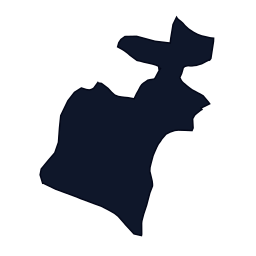 Cap Estate/Becune Park, Gros Islet, Saint Lucia, rotated 87°
{"feature_id": "8701671B50591469420225", "entity_name": "Cap Estate/Becune Park", "entity_type": "district", "adm_level": 2, "iso_a3": "LCA", "parent_name": "Saint Lucia", "parent_adm1": "Gros Islet", "projection": "mercator", "projection_center": [-60.949, 14.095], "detail": "fine", "context": "isolated", "style": "filled", "palette": "ink", "viewbox_px": 256, "rotation_deg": 87, "n_neighbors": 0, "source": "geoboundaries", "source_scale": "gbopen_adm2", "svg_char_len": 1977}
<svg xmlns="http://www.w3.org/2000/svg" viewBox="0 0 256 256"><g transform="rotate(87 128 128)"><path d="M178.7,216.1L178.6,215.6L185.3,203.4L194.1,182.9L196.0,179.0L201.0,167.4L201.6,166.1L204.6,158.9L208.3,152.5L209.9,149.9L212.5,145.9L215.6,142.4L222.8,136.7L224.2,135.7L231.3,129.8L234.0,127.6L236.1,120.2L234.9,119.9L223.7,119.4L221.4,119.0L214.8,116.9L206.1,113.5L193.9,109.6L187.2,106.6L185.2,106.5L182.2,106.7L176.7,107.7L172.3,108.5L168.6,108.1L164.2,106.8L156.8,104.4L153.7,102.9L148.9,100.5L145.6,98.6L143.0,96.4L140.7,94.8L136.1,90.4L134.2,86.1L132.9,81.4L132.7,77.7L133.3,70.5L133.9,64.2L131.4,63.0L128.3,63.0L123.3,63.0L122.8,63.0L122.2,63.0L118.7,60.8L117.2,59.0L114.0,54.5L113.4,53.2L111.9,54.1L108.1,45.2L106.4,46.3L99.8,51.3L98.9,52.7L97.9,54.2L96.6,56.5L94.9,59.2L93.4,61.8L91.0,64.8L88.7,67.4L87.2,68.9L85.9,70.4L84.3,71.8L82.6,72.7L81.3,73.2L80.5,73.7L79.4,73.2L78.1,72.5L76.3,71.6L74.9,71.1L72.6,70.3L70.7,69.7L69.5,68.1L69.0,65.9L68.9,64.1L69.2,62.7L69.3,61.0L69.1,58.8L69.0,56.4L68.3,53.8L67.7,51.1L66.8,49.1L65.6,46.6L64.1,43.0L65.0,43.4L62.9,41.6L46.0,38.1L42.8,37.8L42.3,41.1L41.0,45.6L39.9,49.6L38.2,53.6L35.9,57.5L32.2,62.5L28.7,65.9L26.3,67.7L24.4,69.6L22.3,72.0L21.2,73.0L19.9,73.7L27.0,77.6L33.5,79.0L40.3,80.5L45.4,81.4L42.8,96.5L36.9,114.6L36.5,126.2L39.2,130.4L42.3,132.7L46.4,134.1L49.1,129.7L50.5,127.7L53.3,124.3L55.6,122.0L61.0,115.4L61.8,112.2L63.0,108.7L64.0,105.0L65.3,100.4L66.5,97.0L67.9,94.2L72.1,93.9L69.6,92.0L73.9,94.9L78.6,97.7L80.3,98.9L80.6,100.0L80.9,103.3L81.3,105.7L82.6,107.7L84.0,110.1L85.4,111.9L87.3,113.4L91.2,115.7L94.1,117.6L97.8,119.6L99.2,120.3L97.7,126.6L97.2,130.2L96.7,133.0L96.0,136.1L94.4,139.6L91.4,142.6L87.4,145.9L84.5,149.3L82.1,152.2L81.5,155.4L81.0,155.7L86.3,160.0L87.1,161.3L87.7,163.0L88.0,164.7L87.4,167.7L85.6,172.5L89.6,179.6L97.7,186.6L112.1,194.5L124.3,196.4L138.7,198.2L149.0,202.4L155.8,208.9L164.4,216.8L170.2,218.2L178.7,216.1Z" fill="#0f172a" stroke="#020617" stroke-width="1.5"/></g></svg>